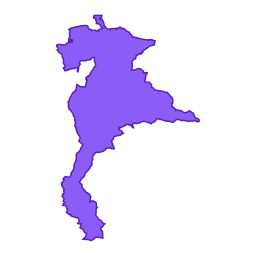 outline of Sasciori, Alba, Romania
{"feature_id": "2599482B91452877532822", "entity_name": "Sasciori", "entity_type": "district", "adm_level": 2, "iso_a3": "ROU", "parent_name": "Romania", "parent_adm1": "Alba", "projection": "robinson", "projection_center": [23.57, 45.799], "detail": "fine", "context": "isolated", "style": "filled", "palette": "violet", "viewbox_px": 256, "rotation_deg": 0, "n_neighbors": 0, "source": "geoboundaries", "source_scale": "gbopen_adm2", "svg_char_len": 5611}
<svg xmlns="http://www.w3.org/2000/svg" viewBox="0 0 256 256"><path d="M172.3,98.1L167.1,92.3L165.4,92.4L163.6,91.5L160.7,91.1L159.7,90.5L158.7,90.9L154.4,89.7L153.4,88.1L151.5,87.4L151.6,84.9L149.3,82.2L144.9,82.2L145.7,76.1L146.1,75.3L146.2,74.1L147.2,73.5L147.0,72.6L143.3,72.8L143.4,71.0L140.1,68.7L137.6,68.6L136.2,69.6L131.5,70.3L131.9,68.1L132.3,67.5L132.4,66.6L132.0,66.2L132.2,63.8L131.8,63.5L132.1,61.6L134.0,59.1L135.6,58.8L135.6,57.2L136.4,56.0L136.2,55.7L137.4,55.3L137.9,54.6L140.3,53.8L140.2,53.3L140.6,53.2L140.8,54.0L141.7,53.4L142.8,52.2L142.2,51.8L144.0,50.3L144.2,49.8L146.5,48.5L149.7,45.9L154.4,44.9L154.5,43.7L154.2,43.7L155.1,40.8L152.1,40.2L152.2,39.8L149.7,39.6L149.3,40.3L148.8,39.8L146.5,40.1L146.3,39.7L143.1,39.4L139.2,38.5L137.9,37.8L136.4,38.3L136.2,37.6L132.1,36.7L131.9,35.4L130.6,34.2L129.8,34.2L129.6,32.4L127.4,31.5L123.7,28.5L123.3,28.8L122.0,28.6L121.6,27.9L120.6,27.3L119.3,27.2L116.7,29.2L116.8,28.4L116.2,28.1L115.3,28.6L111.3,28.6L110.3,29.1L110.3,29.5L107.9,29.0L106.0,28.1L105.1,26.5L104.6,26.6L103.6,22.6L102.1,19.3L100.3,20.0L99.9,18.8L100.6,18.6L100.4,17.8L101.4,17.3L101.9,15.4L94.1,15.4L93.6,16.8L93.6,18.0L95.2,18.3L96.0,19.5L95.8,20.6L96.8,22.2L96.3,23.6L99.0,23.9L99.7,25.0L100.5,25.3L100.8,26.3L102.8,27.8L102.8,28.1L102.1,28.1L101.9,29.0L100.4,29.0L98.7,29.7L98.7,31.0L94.5,30.2L91.6,30.3L91.0,29.5L90.1,29.5L88.9,28.8L87.9,27.3L87.8,26.0L85.1,25.4L83.6,25.8L80.9,25.7L79.3,26.4L76.9,26.6L71.2,28.1L71.3,28.6L70.1,28.7L68.8,29.4L70.1,30.9L69.4,34.4L69.7,36.0L70.0,36.2L70.0,37.1L68.9,38.2L68.5,40.2L69.0,41.8L69.3,41.4L68.9,41.0L69.3,40.1L69.5,40.0L69.2,40.7L69.5,40.8L69.9,39.8L71.7,39.5L72.0,40.2L70.7,40.2L71.2,40.0L70.4,39.8L69.9,40.3L70.0,40.9L69.8,41.2L72.1,40.6L71.9,41.1L72.5,41.8L71.1,42.3L68.6,42.2L66.4,43.7L66.4,44.1L66.0,44.4L64.5,45.1L59.2,44.3L56.7,45.2L56.7,46.0L58.3,48.9L57.8,49.8L57.1,50.0L57.8,50.4L58.8,52.3L60.6,53.4L62.2,55.2L62.3,56.9L63.5,59.3L63.4,63.2L65.1,65.8L65.0,67.0L63.4,67.8L64.8,70.5L65.3,70.9L66.2,70.6L66.6,70.0L67.9,70.1L70.8,68.8L74.1,68.6L75.4,67.9L78.1,67.6L77.2,70.4L77.6,71.7L78.0,71.8L78.9,65.9L80.2,64.2L79.5,62.8L80.2,61.2L81.4,60.6L85.5,60.8L88.0,59.7L89.6,60.0L90.8,59.5L91.5,58.2L93.3,57.4L94.3,57.5L94.5,61.1L95.6,65.0L95.4,66.0L93.9,67.5L93.5,68.7L91.1,72.0L90.3,73.6L90.0,75.2L88.0,75.8L87.7,77.0L86.6,77.1L86.6,77.6L86.1,77.8L86.4,78.3L85.8,79.3L86.3,80.0L87.2,80.0L85.9,84.0L86.0,84.6L85.0,87.2L82.8,86.6L81.9,86.9L80.5,86.6L76.8,84.5L75.9,90.1L75.0,90.7L75.0,91.4L72.8,92.7L71.0,96.2L70.5,96.5L68.9,100.9L68.3,101.5L68.5,101.9L68.1,102.6L68.4,103.2L68.4,107.0L68.9,107.8L69.2,109.3L71.0,110.3L71.1,111.1L73.0,113.6L73.6,116.1L74.4,116.8L74.9,118.0L74.6,119.9L75.3,121.9L75.4,124.0L74.7,126.0L75.3,126.9L76.0,127.2L75.9,128.2L77.2,132.9L79.9,136.9L80.1,137.8L79.6,139.5L78.9,140.6L79.1,141.6L81.9,143.7L82.4,144.5L82.7,146.1L81.1,147.6L80.5,148.7L80.6,149.3L79.6,151.1L78.5,152.2L77.8,152.3L76.6,153.7L76.2,154.8L76.3,158.6L75.9,160.5L74.0,165.0L74.3,166.0L74.2,166.8L73.2,170.0L71.0,173.3L71.3,173.7L71.2,174.4L70.5,175.6L70.3,176.7L69.1,177.3L65.8,176.6L64.9,176.9L63.3,178.6L63.2,179.1L64.0,179.6L63.3,181.2L61.5,183.0L62.0,186.0L62.7,186.7L63.4,188.7L64.4,189.7L63.7,190.5L64.1,193.1L62.8,193.9L62.9,195.1L62.2,195.6L62.1,196.2L64.0,198.4L63.9,199.3L63.3,200.1L63.4,201.3L64.8,202.7L64.1,202.8L63.3,203.7L63.2,204.7L62.7,205.4L65.3,205.4L66.3,206.4L67.5,210.6L66.4,212.2L68.4,213.9L69.9,214.7L70.9,214.7L70.6,215.3L71.0,215.9L76.7,217.7L77.8,217.7L78.8,219.5L79.3,221.3L77.7,223.4L78.7,223.9L81.3,223.8L80.0,227.8L83.4,229.6L83.5,230.7L84.5,232.3L86.5,233.6L86.5,235.0L85.7,236.0L85.5,236.9L83.1,239.2L89.3,239.7L90.7,240.6L92.6,239.9L94.2,238.8L95.1,237.5L95.9,237.1L101.3,237.7L102.7,238.2L102.8,236.1L102.4,231.5L100.7,229.0L100.8,227.9L102.4,226.9L103.6,225.0L104.8,223.9L103.4,223.4L100.9,220.5L98.4,219.3L97.8,217.8L96.0,215.6L95.6,214.0L96.2,213.0L96.0,212.4L96.1,209.5L96.7,208.1L96.5,207.9L97.3,207.4L96.4,206.3L96.2,202.7L94.2,201.4L92.2,200.8L90.9,201.3L90.2,202.0L89.5,201.8L90.9,196.8L90.3,196.2L89.6,194.3L88.8,194.1L87.5,192.7L86.1,192.5L85.2,190.8L84.1,190.1L83.8,189.0L82.1,187.7L81.8,184.4L79.3,182.3L81.1,179.7L81.3,178.7L82.5,178.1L84.6,175.9L84.5,174.9L85.3,173.2L89.4,168.9L90.5,166.2L91.5,165.7L92.0,163.9L91.8,161.5L92.8,159.6L92.4,159.1L92.9,157.3L92.6,156.1L93.3,154.9L94.3,154.4L95.1,153.2L96.4,152.2L98.1,152.5L102.8,151.5L105.3,149.8L105.9,148.7L107.5,147.8L109.0,148.2L110.3,147.9L112.0,148.9L114.2,148.6L113.5,146.3L112.4,145.6L112.8,145.1L112.8,144.2L111.3,140.8L112.9,139.8L113.8,137.0L116.0,136.0L119.8,135.3L121.2,134.7L121.7,133.9L123.4,133.4L121.2,130.6L119.1,129.7L118.9,128.9L119.2,128.7L118.8,128.1L118.9,127.3L119.8,127.8L121.5,127.4L123.9,125.9L125.8,125.5L126.2,124.6L126.9,124.2L128.1,124.3L129.1,125.1L130.0,124.7L133.2,127.9L133.6,127.8L133.5,127.1L132.3,126.3L132.9,123.5L135.5,123.2L136.6,123.6L138.1,122.9L139.0,123.1L140.1,122.7L141.0,121.7L142.4,121.8L143.6,121.1L147.9,122.4L150.9,123.8L152.2,122.7L153.9,122.1L156.3,120.0L156.8,119.4L156.6,118.9L158.0,118.5L159.3,119.3L161.5,119.4L162.1,119.9L166.0,121.1L166.8,121.3L167.8,120.9L173.0,122.4L175.7,120.1L177.6,119.3L180.8,120.1L181.5,120.6L184.0,120.4L186.0,120.9L187.0,120.6L188.1,121.4L190.2,120.9L192.3,121.2L194.4,120.6L198.2,121.9L199.3,121.0L198.9,119.4L198.3,118.9L195.9,118.0L194.7,116.9L193.9,115.2L193.9,114.4L193.0,113.1L189.3,110.7L187.3,112.2L185.4,112.7L183.6,112.5L181.1,110.4L179.5,111.2L178.4,110.0L177.2,109.9L175.9,110.7L175.6,109.4L173.6,107.4L171.9,106.6L172.0,104.1L172.8,103.1L172.7,101.3L172.9,100.8L172.3,98.1Z" fill="#8b5cf6" stroke="#5b21b6" stroke-width="1.5"/></svg>